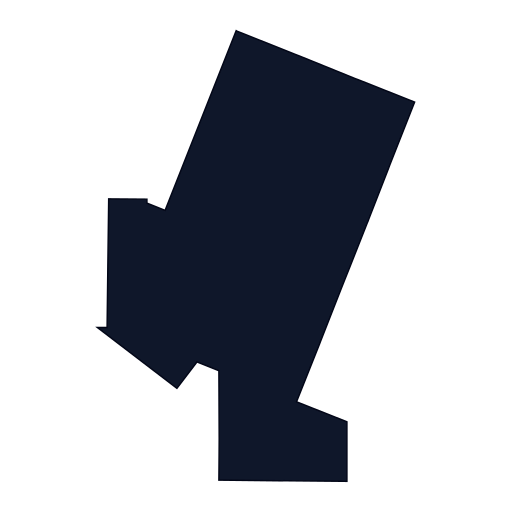 outline of Independencia, Chaco, Argentina
{"feature_id": "61730980B54017945662210", "entity_name": "Independencia", "entity_type": "district", "adm_level": 2, "iso_a3": "ARG", "parent_name": "Argentina", "parent_adm1": "Chaco", "projection": "mercator", "projection_center": [-60.743, -26.743], "detail": "fine", "context": "isolated", "style": "filled", "palette": "ink", "viewbox_px": 512, "rotation_deg": 0, "n_neighbors": 0, "source": "geoboundaries", "source_scale": "gbopen_adm2", "svg_char_len": 652}
<svg xmlns="http://www.w3.org/2000/svg" viewBox="0 0 512 512"><path d="M346.9,421.8L296.5,401.8L298.5,396.8L319.5,344.1L320.4,341.7L341.5,287.9L343.9,281.9L344.0,281.6L349.8,267.1L361.7,237.0L365.5,227.4L367.3,222.8L367.9,221.5L369.0,218.5L388.3,169.0L389.9,164.7L414.6,102.1L358.2,79.7L355.2,78.6L299.2,55.9L295.8,54.6L236.8,31.1L236.2,30.7L166.0,208.1L165.1,210.4L146.9,203.1L146.9,199.2L108.7,198.9L107.6,286.4L107.1,327.5L104.0,327.5L97.4,327.5L98.7,328.5L176.9,388.3L196.1,363.1L196.9,361.9L218.9,370.7L219.2,438.8L219.1,455.2L218.9,480.1L282.8,480.8L283.3,480.7L346.9,481.3L346.9,421.8Z" fill="#0f172a" stroke="#020617" stroke-width="1.5"/></svg>